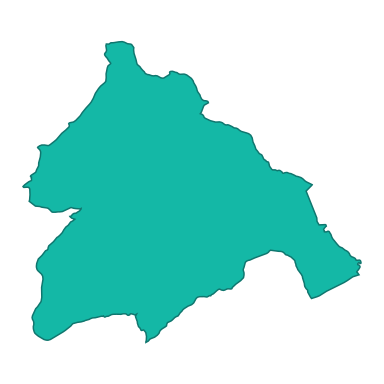 the district of Tibana, Boyacá, Colombia
{"feature_id": "7082276B18442466536693", "entity_name": "Tibana", "entity_type": "district", "adm_level": 2, "iso_a3": "COL", "parent_name": "Colombia", "parent_adm1": "Boyacá", "projection": "mercator", "projection_center": [-73.383, 5.308], "detail": "fine", "context": "isolated", "style": "filled", "palette": "teal", "viewbox_px": 384, "rotation_deg": 0, "n_neighbors": 0, "source": "geoboundaries", "source_scale": "gbopen_adm2", "svg_char_len": 5905}
<svg xmlns="http://www.w3.org/2000/svg" viewBox="0 0 384 384"><path d="M106.3,44.0L105.9,45.8L106.6,50.3L106.0,52.0L104.9,53.3L104.6,54.1L104.7,54.9L105.6,56.4L107.3,58.3L108.7,60.7L110.5,62.8L110.7,63.6L108.0,65.9L107.3,67.8L106.1,73.8L106.2,77.7L105.8,81.3L104.7,82.7L100.6,86.1L98.6,88.5L95.4,93.3L93.3,98.3L91.2,102.1L89.7,104.0L86.2,107.8L82.2,112.7L80.3,115.7L75.8,120.4L73.5,122.0L70.0,122.7L69.1,123.1L68.7,123.8L69.2,124.8L69.3,126.0L68.9,127.0L65.7,130.1L61.7,133.4L56.4,139.6L53.8,141.8L49.2,145.3L48.1,145.6L44.5,145.0L41.8,145.0L39.7,145.8L37.8,147.1L37.6,147.6L39.9,150.0L40.3,150.8L40.6,151.8L40.7,152.8L40.3,157.0L38.7,162.9L38.6,165.9L36.6,169.8L35.9,171.9L35.4,172.5L31.4,175.1L30.6,175.9L30.5,176.3L31.5,177.1L31.5,177.5L31.1,177.9L31.5,178.6L31.5,180.3L31.1,180.7L29.0,181.6L27.7,182.5L24.8,184.7L23.0,186.5L23.2,186.9L23.8,187.4L27.1,187.2L28.2,187.3L29.1,187.8L29.5,188.4L29.8,189.2L30.0,194.8L29.6,199.9L29.2,201.3L35.4,206.1L39.8,206.5L41.8,207.2L46.7,207.9L48.1,208.3L49.7,209.7L51.8,211.9L52.7,212.2L55.5,212.2L57.6,211.9L60.4,211.8L62.5,211.5L71.0,207.5L73.8,208.3L75.9,208.6L80.3,208.9L81.1,208.5L81.0,209.1L79.6,210.9L77.2,212.3L76.3,213.1L74.0,213.4L72.4,214.4L71.5,215.8L70.8,216.2L69.9,216.4L70.3,217.0L71.8,218.2L74.8,219.2L72.5,221.1L70.6,222.0L68.2,225.3L65.8,227.1L63.8,229.9L62.3,232.6L60.0,235.1L58.1,236.8L56.9,237.5L53.5,241.7L48.8,245.8L48.2,247.4L47.9,249.2L47.2,250.0L45.5,250.8L42.0,255.4L38.3,259.0L36.7,263.5L36.4,266.2L36.5,267.6L37.1,269.6L38.0,270.8L41.4,274.0L42.1,275.1L42.7,276.3L43.0,279.2L41.6,287.4L41.8,297.3L41.1,301.5L37.6,306.7L35.7,308.7L32.5,315.7L32.1,317.6L32.5,319.4L33.4,320.9L33.8,322.6L33.8,324.4L33.3,326.6L33.4,328.9L34.2,331.8L34.9,333.2L36.4,334.6L38.4,336.2L44.0,339.5L46.2,340.1L48.0,340.2L50.4,339.5L63.1,331.9L65.4,330.3L70.8,326.0L72.6,323.8L73.7,323.4L77.7,322.3L81.0,321.9L84.3,321.0L85.2,320.5L89.2,319.4L90.6,318.6L92.6,317.9L95.4,317.7L101.4,316.2L102.7,316.3L103.4,315.9L104.2,316.8L104.9,317.1L106.3,316.4L108.3,316.2L111.5,314.6L113.0,314.3L116.4,314.2L120.9,314.3L123.1,313.8L125.4,313.8L126.3,314.1L127.5,315.1L128.3,315.3L129.7,314.9L129.9,314.3L130.7,313.7L133.4,314.3L134.6,314.9L135.3,314.8L136.5,314.2L135.6,315.9L135.5,316.7L137.3,321.6L137.4,323.1L138.5,326.6L140.0,328.1L141.1,330.3L141.8,330.5L143.3,330.0L143.7,330.0L145.1,331.6L145.8,332.6L146.5,336.4L146.3,340.3L145.9,341.7L145.9,342.4L148.4,341.0L149.8,339.2L151.2,338.5L154.6,337.2L157.3,335.2L159.0,333.3L159.6,331.6L160.3,330.4L162.3,328.7L165.2,326.9L166.5,325.9L166.8,324.0L167.4,322.8L167.9,322.4L171.0,321.0L172.3,320.0L174.7,317.6L175.9,316.8L178.1,315.9L180.2,312.8L181.8,311.3L182.8,309.8L184.2,308.6L188.1,306.1L191.6,304.7L192.8,303.7L193.7,302.9L196.1,298.5L197.4,297.3L199.2,296.7L204.1,296.6L206.7,297.0L207.3,296.9L209.4,295.7L210.7,295.8L211.5,294.7L213.4,293.8L217.0,290.5L218.5,289.4L219.6,289.1L221.4,290.0L223.5,290.4L224.9,290.0L226.5,289.2L227.9,288.8L230.8,289.0L231.7,288.8L232.0,288.5L232.2,287.7L232.5,287.3L235.9,284.1L240.7,280.6L243.5,277.7L244.0,275.0L244.0,272.9L243.2,270.0L243.3,269.2L244.1,267.0L245.1,263.1L245.6,262.0L246.7,261.1L248.2,260.4L249.8,260.1L254.7,257.9L266.8,253.4L268.5,252.2L269.2,251.2L270.5,250.2L278.6,251.3L280.8,251.4L282.5,251.8L284.4,253.2L285.5,254.6L287.0,255.1L287.5,255.1L289.5,256.3L290.9,256.9L294.2,259.9L295.0,261.1L295.1,262.2L295.9,264.4L296.0,265.6L296.2,266.2L297.0,267.6L297.8,269.6L301.4,274.5L302.4,276.4L302.6,277.9L304.3,283.3L304.6,285.7L304.9,286.7L306.2,288.8L307.6,290.1L307.8,292.2L310.4,297.0L311.5,298.5L317.1,296.7L319.5,295.7L326.6,291.2L344.1,282.5L347.4,280.5L352.8,276.8L359.0,274.8L357.5,272.6L356.9,272.2L356.8,271.7L358.6,269.5L359.9,267.4L360.0,266.5L359.8,266.0L359.0,265.1L357.7,264.6L357.8,263.6L358.8,262.6L359.4,262.8L360.0,263.5L360.8,263.4L361.0,262.3L360.5,260.8L360.1,260.4L359.5,260.1L356.9,260.3L355.9,259.9L355.7,259.2L355.0,258.3L353.6,257.5L351.6,256.7L350.6,255.9L350.1,255.3L349.3,253.5L348.2,252.1L347.5,251.5L346.6,250.9L345.0,250.1L342.1,247.8L340.7,247.3L339.2,246.5L337.3,244.4L332.8,238.9L331.8,237.1L331.1,234.9L330.2,233.2L329.6,232.6L329.4,231.9L328.8,231.4L328.0,231.2L326.5,231.9L325.0,231.9L324.3,231.7L324.3,230.7L323.6,229.6L323.6,229.2L325.5,226.8L326.3,226.2L325.9,224.9L325.3,224.6L319.1,224.9L317.0,221.4L316.8,217.9L306.1,191.1L312.0,185.1L312.2,184.7L306.3,181.8L305.0,180.9L302.7,178.7L301.0,177.6L298.1,176.6L295.8,176.1L294.8,175.4L290.9,173.6L289.3,173.4L287.1,172.5L286.5,172.5L284.9,172.7L283.5,173.3L282.6,173.0L281.8,171.8L279.9,170.5L279.0,170.3L277.4,170.7L276.4,170.4L275.3,169.9L272.7,169.9L271.8,169.4L269.6,166.3L268.7,162.8L268.4,162.1L266.5,161.5L265.7,160.4L264.1,159.5L263.5,158.6L262.7,156.7L261.8,155.0L261.1,154.5L259.3,153.6L257.5,151.1L255.9,149.2L254.7,145.6L253.0,142.0L252.2,137.9L250.8,135.3L249.3,134.1L248.5,133.6L246.4,132.9L241.3,131.4L239.8,130.5L237.6,128.7L236.1,128.1L234.1,127.9L232.1,126.6L228.7,125.0L227.5,124.8L226.1,125.0L225.4,124.8L224.8,124.6L222.4,122.8L221.2,122.3L219.6,121.9L215.6,122.1L210.4,120.7L205.7,118.5L204.4,117.7L203.9,116.9L203.8,116.3L203.2,115.4L202.8,114.9L202.2,114.4L200.3,113.7L201.4,112.1L203.4,106.7L204.2,105.2L208.4,102.8L208.3,102.4L207.9,101.5L207.1,101.1L205.9,100.8L203.7,100.6L201.9,99.4L200.6,97.1L199.9,94.9L197.7,91.8L197.1,90.3L196.6,88.2L195.8,86.2L193.7,82.7L193.2,81.0L192.6,80.1L191.4,78.4L186.8,75.0L184.7,74.2L183.8,74.1L179.9,74.3L178.5,73.7L177.0,72.6L175.1,72.2L173.9,71.7L172.5,71.3L170.7,71.4L169.7,72.0L169.6,72.5L169.9,73.8L169.2,74.7L163.8,78.0L162.8,78.2L160.8,77.8L157.3,75.9L155.6,75.6L153.7,75.9L151.9,75.7L148.9,74.7L147.3,74.5L145.3,73.5L144.3,71.8L142.8,70.4L140.7,68.0L140.6,67.6L139.8,66.6L137.3,64.5L136.8,63.2L136.0,59.6L134.0,53.3L133.6,49.9L133.8,47.6L131.6,44.5L130.6,44.1L127.5,43.7L124.4,42.2L122.2,41.6L118.4,41.9L113.5,42.7L110.8,42.8L108.9,44.1L106.3,44.0Z" fill="#14b8a6" stroke="#0f766e" stroke-width="1.5"/></svg>